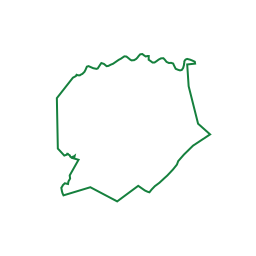 San Juan Yatzona, Oaxaca, Mexico (Natural Earth projection), rotated 115°
{"feature_id": "50627088B31715141251473", "entity_name": "San Juan Yatzona", "entity_type": "district", "adm_level": 2, "iso_a3": "MEX", "parent_name": "Mexico", "parent_adm1": "Oaxaca", "projection": "natural_earth1", "projection_center": [-96.189, 17.411], "detail": "fine", "context": "isolated", "style": "outline", "palette": "green", "viewbox_px": 256, "rotation_deg": 115, "n_neighbors": 0, "source": "geoboundaries", "source_scale": "gbopen_adm2", "svg_char_len": 1606}
<svg xmlns="http://www.w3.org/2000/svg" viewBox="0 0 256 256"><g transform="rotate(115 128 128)"><path d="M177.2,81.4L173.8,80.6L169.4,79.1L164.4,76.4L158.5,74.0L154.5,72.3L146.6,69.7L140.5,68.2L136.8,68.5L128.5,66.1L116.5,61.6L99.1,50.9L94.5,66.3L64.5,90.7L45.4,101.2L41.3,94.4L39.7,95.5L39.7,98.1L39.8,100.5L40.4,103.6L41.6,104.7L42.6,105.0L43.8,105.1L45.2,104.5L46.3,104.3L47.1,103.9L47.9,103.8L50.3,103.4L52.7,103.8L53.8,105.2L54.1,107.3L54.2,109.8L52.0,112.6L50.5,114.3L50.7,116.4L51.8,118.4L51.8,121.0L50.5,123.6L49.8,125.4L50.9,127.5L53.0,129.1L55.4,130.4L57.4,131.6L58.3,133.4L57.8,135.7L57.4,138.1L55.5,139.0L54.0,139.6L54.4,140.6L55.7,142.2L55.4,144.2L54.9,146.3L56.1,148.1L58.4,148.8L60.3,149.2L62.0,149.8L64.0,151.2L64.1,151.4L64.2,151.7L65.2,153.3L65.1,154.9L64.5,157.1L63.9,159.6L64.6,161.6L68.3,163.8L70.1,165.2L72.5,166.6L76.1,168.7L77.9,170.4L80.0,172.0L81.0,173.5L80.1,176.9L80.4,179.6L81.9,179.9L84.7,180.3L86.8,180.6L87.7,181.5L88.5,184.8L88.6,189.9L89.8,191.2L93.3,191.1L95.5,191.2L98.2,192.2L99.7,193.4L100.6,193.9L101.0,194.7L101.4,195.7L101.5,197.1L103.0,197.2L105.7,199.2L131.0,205.1L176.3,182.9L179.9,174.1L178.0,172.2L177.0,172.2L176.8,171.6L177.2,170.9L177.4,169.2L178.3,168.3L178.5,167.6L178.4,166.7L177.6,166.1L176.9,165.3L176.4,164.9L175.8,164.6L177.5,164.2L178.6,165.0L177.7,159.4L195.6,160.8L198.3,159.1L201.6,159.4L204.1,158.7L204.8,161.9L207.4,162.9L209.0,162.9L210.2,163.2L210.6,163.0L213.3,161.1L214.8,159.8L216.3,158.0L197.6,137.1L199.1,106.8L176.1,94.3L177.5,86.3L177.5,84.4L177.5,83.6L177.4,82.5L177.2,81.4Z" fill="none" stroke="#15803d" stroke-width="2"/></g></svg>